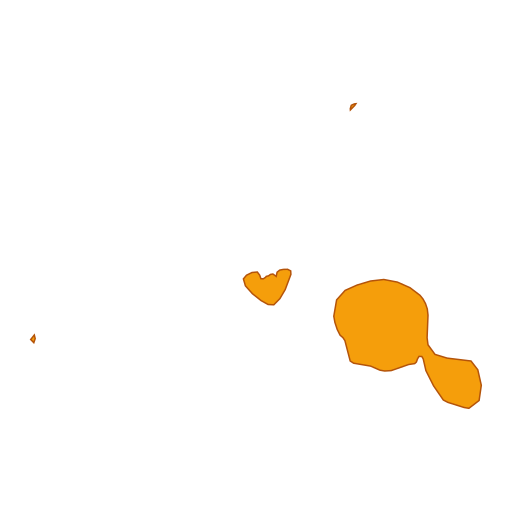 an SVG outline of Windward Islands
{"feature_id": "PYF-4963", "entity_name": "Windward Islands", "entity_type": "state/province", "adm_level": 1, "iso_a3": "PYF", "parent_name": "French Polynesia", "parent_adm1": "", "projection": "robinson", "projection_center": [-149.632, -17.426], "detail": "fine", "context": "isolated", "style": "filled", "palette": "amber", "viewbox_px": 512, "rotation_deg": 0, "n_neighbors": 0, "source": "natural_earth", "source_scale": "10m", "svg_char_len": 1174}
<svg xmlns="http://www.w3.org/2000/svg" viewBox="0 0 512 512"><path d="M471.0,361.0L477.8,369.8L481.3,385.3L479.1,400.5L468.9,408.3L464.1,407.5L447.9,402.4L443.3,400.0L433.6,385.9L425.9,370.6L423.2,358.8L421.8,356.5L419.0,356.4L417.5,358.9L416.4,362.0L414.7,363.6L408.7,364.5L391.2,370.6L384.7,371.0L380.0,370.2L370.6,366.1L353.6,363.2L350.2,361.0L344.9,340.6L342.9,337.6L340.1,335.2L337.2,329.4L334.9,322.4L333.8,316.2L336.6,299.9L345.1,290.4L357.2,285.0L370.6,281.0L383.8,279.5L397.4,282.1L410.0,287.7L420.0,295.3L423.0,299.0L425.5,303.6L427.3,309.0L428.0,315.2L427.1,337.8L428.0,344.8L435.0,354.4L447.1,358.1L471.0,361.0ZM287.6,269.3L290.7,270.9L290.9,274.4L285.2,289.6L279.9,298.6L273.8,304.8L268.1,304.5L261.1,300.6L252.4,293.7L245.4,285.8L243.4,278.9L246.5,275.2L252.0,272.5L257.3,272.0L259.7,275.2L260.9,278.7L263.3,278.8L265.6,277.3L266.2,276.4L268.6,275.8L270.5,274.4L272.9,274.0L276.2,276.4L277.1,272.2L279.7,270.1L283.3,269.4L287.6,269.3ZM30.7,339.5L34.3,335.0L35.2,338.6L33.8,342.7L30.7,339.5ZM351.3,105.3L353.6,104.2L354.8,103.8L355.9,103.7L354.7,105.5L350.4,109.9L350.3,108.6L350.6,107.6L351.3,105.3Z" fill="#f59e0b" stroke="#b45309" stroke-width="1.5"/></svg>